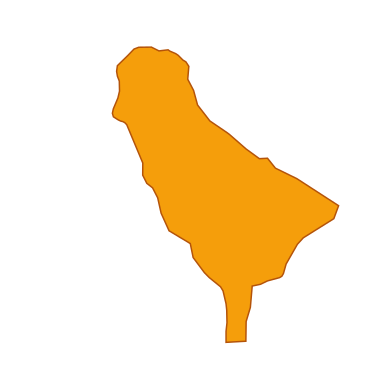 the border of Chirang, rotated 124°
{"feature_id": "BTN-2481", "entity_name": "Chirang", "entity_type": "District", "adm_level": 1, "iso_a3": "BTN", "parent_name": "Bhutan", "parent_adm1": "", "projection": "orthographic", "projection_center": [90.138, 26.993], "detail": "fine", "context": "isolated", "style": "filled", "palette": "amber", "viewbox_px": 384, "rotation_deg": 124, "n_neighbors": 0, "source": "natural_earth", "source_scale": "10m", "svg_char_len": 995}
<svg xmlns="http://www.w3.org/2000/svg" viewBox="0 0 384 384"><g transform="rotate(124 192 192)"><path d="M134.8,59.5L167.7,74.1L176.4,75.4L199.1,73.7L208.5,70.6L211.6,70.4L214.0,71.5L223.5,79.7L230.2,83.6L236.3,89.5L255.0,79.1L269.1,74.7L285.6,63.9L297.6,79.7L288.4,85.9L280.8,89.9L270.6,97.1L265.6,101.3L256.6,111.0L254.6,115.4L253.3,129.8L251.9,136.7L245.7,154.4L235.7,164.6L237.0,189.3L226.8,205.8L216.0,217.2L210.6,227.0L210.1,234.3L205.6,242.3L195.5,249.0L172.7,283.7L172.1,286.5L172.3,288.7L173.0,290.5L173.3,292.2L173.5,294.0L173.6,299.2L171.3,302.0L167.1,303.7L155.5,306.0L148.9,308.5L140.7,314.3L137.7,318.6L134.1,322.0L129.0,324.5L114.5,321.5L105.9,320.0L101.8,317.1L94.6,306.7L93.5,298.3L87.5,291.3L87.6,289.3L86.4,282.9L86.4,279.9L87.7,273.3L87.5,269.9L89.6,264.9L100.9,258.6L106.9,247.5L116.8,236.0L123.1,216.9L123.2,196.0L123.3,193.5L126.1,171.1L126.7,154.8L121.8,148.3L125.6,136.2L122.3,112.5L121.4,62.8L134.8,59.5Z" fill="#f59e0b" stroke="#b45309" stroke-width="1.5"/></g></svg>